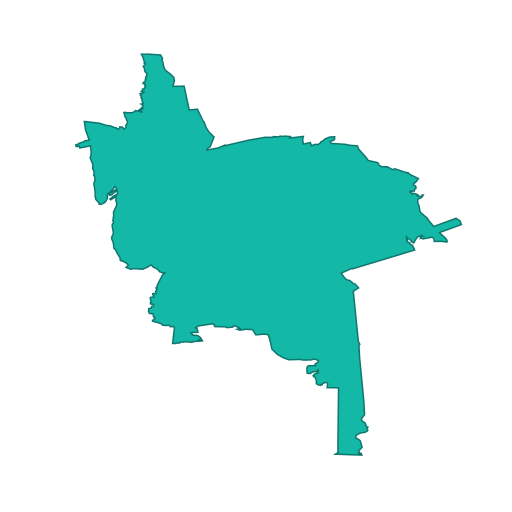 Barasti, Olt, Romania (Robinson projection), rotated 10°
{"feature_id": "2599482B95691276874704", "entity_name": "Barasti", "entity_type": "district", "adm_level": 2, "iso_a3": "ROU", "parent_name": "Romania", "parent_adm1": "Olt", "projection": "robinson", "projection_center": [24.65, 44.701], "detail": "fine", "context": "isolated", "style": "filled", "palette": "teal", "viewbox_px": 512, "rotation_deg": 10, "n_neighbors": 0, "source": "geoboundaries", "source_scale": "gbopen_adm2", "svg_char_len": 6101}
<svg xmlns="http://www.w3.org/2000/svg" viewBox="0 0 512 512"><g transform="rotate(10 256 256)"><path d="M394.8,433.7L393.8,432.2L391.8,433.0L391.3,432.6L392.4,431.8L391.1,430.7L391.1,429.7L393.7,426.0L390.9,420.1L388.8,418.7L386.0,418.1L385.7,417.3L385.9,415.0L386.5,414.5L389.9,412.0L393.7,410.9L396.2,408.8L396.3,407.9L395.3,406.3L395.9,405.1L394.4,404.9L392.5,401.5L389.1,400.0L388.3,398.7L388.3,397.5L390.5,393.4L387.0,378.8L375.6,337.8L372.9,326.1L373.6,325.0L371.6,322.3L357.9,273.8L362.6,269.6L358.5,266.4L356.8,266.3L352.7,263.9L349.6,263.7L347.1,262.2L342.9,258.1L352.6,251.5L353.3,251.9L411.1,222.6L410.4,222.2L410.5,221.0L409.3,220.2L408.4,218.4L405.5,217.5L405.0,216.7L405.2,215.9L404.8,216.5L402.7,215.8L402.9,215.5L401.4,213.4L402.1,213.2L402.1,212.8L400.2,210.4L402.1,212.0L405.8,213.7L406.6,215.2L407.6,215.0L408.8,215.8L409.3,215.5L410.2,212.3L411.8,209.2L415.5,206.9L415.6,207.5L416.4,207.6L414.9,208.2L414.8,210.1L415.7,209.6L417.3,210.2L425.9,207.0L427.1,207.2L428.4,208.4L429.0,210.7L436.0,209.4L441.5,209.1L441.8,208.6L441.1,207.0L439.6,205.6L432.5,201.1L452.8,189.4L450.9,186.1L446.5,184.1L425.9,196.1L419.5,190.7L418.3,189.1L411.2,185.0L409.6,183.2L407.7,177.9L406.1,175.9L405.5,172.5L406.0,171.5L409.0,169.5L410.1,166.9L409.1,167.1L408.8,168.3L406.9,169.0L404.3,168.6L404.9,167.8L402.7,167.1L399.9,166.9L399.4,167.8L398.3,167.5L397.9,166.7L396.5,166.2L396.7,164.9L398.6,165.3L399.4,164.6L400.5,164.7L400.9,162.4L401.9,161.2L401.0,159.4L398.8,158.7L398.8,157.4L400.8,155.1L402.5,151.6L391.2,148.2L391.4,147.6L388.1,147.6L377.7,146.0L376.7,146.6L376.7,147.1L374.3,146.9L370.1,145.4L369.8,145.9L369.0,145.5L364.4,146.2L361.1,145.1L360.6,143.8L359.5,142.9L350.0,142.5L347.5,140.0L338.4,132.8L336.7,129.9L328.9,130.7L324.5,130.5L310.4,132.1L309.2,130.4L313.1,127.9L312.8,124.9L307.8,126.1L303.4,128.9L302.5,130.5L300.1,132.3L299.7,133.5L297.7,135.5L295.0,135.7L291.5,137.7L289.8,134.8L283.2,137.6L281.7,133.1L281.9,130.0L268.6,134.0L269.2,132.4L263.4,132.9L263.0,133.4L258.8,133.8L257.9,134.7L252.4,135.4L252.6,135.9L250.1,136.6L244.7,137.4L229.2,143.0L205.7,153.0L205.8,152.4L200.0,156.1L189.3,160.2L189.6,158.5L191.9,156.4L194.0,146.1L188.3,142.2L184.5,138.1L181.7,133.1L180.5,132.3L172.8,121.6L164.9,123.8L155.7,101.2L144.7,103.4L145.2,97.4L144.0,94.3L139.6,91.4L134.3,88.8L132.0,85.0L130.4,80.7L129.3,79.6L129.7,77.7L127.1,74.6L115.1,75.9L108.1,77.2L110.1,79.7L112.7,85.0L112.5,85.5L113.7,85.6L113.6,87.2L112.6,87.8L112.1,89.0L113.1,89.9L114.7,93.8L116.8,95.0L117.1,97.9L116.3,98.7L116.7,99.3L116.3,100.7L116.8,100.9L116.5,101.7L116.8,102.5L114.6,105.3L114.9,105.8L116.7,105.6L117.0,107.5L117.7,107.9L117.3,108.5L117.5,109.4L116.8,110.2L116.9,110.9L115.3,111.3L115.1,113.1L114.5,113.9L117.2,114.0L115.9,115.6L113.7,116.3L114.5,117.2L114.4,118.0L115.4,118.6L115.3,120.0L116.2,121.1L116.6,121.0L116.6,122.3L118.2,125.3L117.2,125.6L118.4,125.6L116.7,126.3L117.6,126.5L117.8,127.2L118.5,127.2L118.5,129.4L117.8,129.8L118.8,130.4L117.0,131.2L117.6,131.6L116.0,132.0L116.2,132.5L115.3,133.0L116.0,133.6L116.6,133.0L117.7,133.0L118.4,134.0L112.0,133.7L110.8,135.4L108.7,136.5L102.9,137.4L101.6,137.2L101.0,137.7L103.0,141.9L104.5,143.1L104.7,144.3L106.0,145.8L106.3,147.0L105.1,150.2L105.6,151.6L105.0,153.1L103.8,153.8L102.0,152.2L99.5,152.5L99.6,153.3L98.4,155.3L96.2,154.1L94.6,154.2L90.7,153.2L85.7,153.3L78.7,152.4L63.6,153.3L66.3,161.6L71.7,170.9L67.5,172.2L66.8,173.3L61.6,176.1L61.6,176.8L59.3,177.8L59.2,178.2L60.0,179.5L62.8,178.6L63.7,180.2L73.9,176.3L75.7,182.5L76.0,186.2L75.6,188.1L79.4,194.1L80.1,198.7L81.5,200.3L82.2,202.5L82.1,204.6L82.9,205.2L84.3,208.4L83.7,212.8L86.4,220.5L87.3,225.6L88.5,228.1L92.3,231.1L92.4,232.1L94.5,232.0L97.4,230.0L98.7,228.0L99.5,225.3L99.5,223.2L98.8,222.6L99.5,220.8L99.2,220.2L101.0,218.7L103.8,214.8L104.8,212.2L105.1,211.9L106.7,213.4L107.1,214.5L101.1,219.4L100.4,220.6L101.2,221.6L102.6,221.2L104.1,220.0L104.5,218.8L108.0,215.8L108.4,216.4L108.6,219.2L104.5,222.5L104.6,222.8L102.2,225.2L103.1,225.9L107.8,221.8L108.6,226.4L109.7,228.0L110.0,230.1L108.0,237.6L108.8,240.9L108.9,246.1L110.0,247.8L108.9,249.7L109.1,251.3L111.5,257.9L111.5,259.8L110.9,261.2L110.6,263.7L113.0,267.4L114.9,273.3L116.9,274.3L117.8,276.2L122.5,281.5L122.9,283.5L123.9,284.2L125.4,284.1L129.9,285.6L131.9,287.2L130.0,289.8L134.9,290.8L138.1,289.6L146.8,288.7L151.6,285.4L154.1,282.9L156.7,284.8L160.0,285.6L162.6,286.9L163.4,288.1L167.1,288.9L169.0,288.3L167.1,291.3L164.2,300.5L163.8,302.8L164.1,304.5L163.0,304.9L164.3,306.4L163.2,308.2L164.2,310.1L163.5,310.8L161.6,310.6L160.9,311.1L161.0,312.0L162.2,312.7L162.5,313.9L159.5,315.0L159.0,315.9L160.8,319.6L160.1,320.4L160.4,321.3L161.4,321.9L163.4,321.2L163.9,322.0L163.4,323.3L162.0,324.1L161.8,325.5L159.5,326.5L159.8,329.3L161.1,331.1L164.8,330.8L165.6,333.7L167.5,334.2L167.5,334.9L165.3,337.4L165.4,338.1L174.3,339.1L176.0,340.3L179.1,340.2L182.3,339.2L183.5,340.3L185.1,340.4L186.2,339.8L188.1,340.4L189.1,356.6L192.3,356.1L193.2,355.4L195.8,355.0L196.3,354.2L202.0,352.6L208.0,352.1L208.8,351.3L218.0,348.9L217.3,348.0L214.0,348.7L213.8,348.3L216.3,347.7L216.4,347.2L215.7,346.1L213.0,344.7L211.5,344.4L207.5,345.0L205.3,342.8L212.1,341.1L210.7,338.0L210.0,337.5L208.1,337.3L210.1,336.7L209.9,335.8L212.2,334.6L225.7,330.1L227.8,332.7L237.8,331.1L240.0,331.6L245.5,330.0L246.2,329.3L246.2,328.5L247.0,328.2L252.8,330.0L250.1,331.4L251.8,331.6L253.1,330.9L253.1,331.8L256.8,330.7L257.4,330.1L265.4,329.1L269.5,333.7L276.9,331.7L281.8,331.3L285.6,339.3L287.8,344.9L294.1,349.2L300.2,351.4L306.3,352.5L317.0,350.3L321.2,350.2L328.9,348.6L330.2,347.6L332.5,347.4L335.7,348.1L335.5,349.7L332.9,352.3L333.8,353.6L326.9,354.9L325.7,356.2L325.7,358.8L326.8,362.6L330.2,362.3L330.5,361.4L332.1,360.3L336.2,358.9L336.9,357.2L337.4,357.7L337.3,359.3L337.7,360.4L335.9,360.7L335.6,361.6L334.1,362.1L333.9,363.1L333.0,363.7L333.4,364.5L335.6,365.5L337.0,368.1L337.5,371.0L339.0,372.0L342.0,372.2L342.2,371.3L343.5,371.4L343.9,369.6L347.6,368.2L348.7,369.1L348.9,373.3L360.2,371.5L368.8,423.8L370.7,434.7L371.2,435.1L368.6,437.4L394.8,433.7Z" fill="#14b8a6" stroke="#0f766e" stroke-width="1.5"/></g></svg>